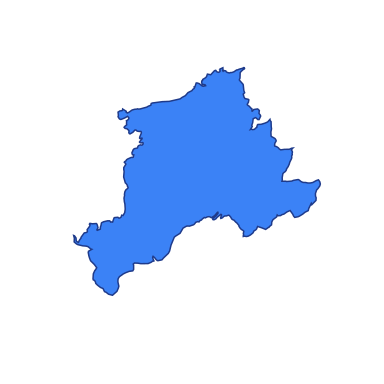 outline of Ciresu, Mehedinti, Romania, rotated 305°
{"feature_id": "2599482B7302732559425", "entity_name": "Ciresu", "entity_type": "district", "adm_level": 2, "iso_a3": "ROU", "parent_name": "Romania", "parent_adm1": "Mehedinti", "projection": "natural_earth1", "projection_center": [22.529, 44.822], "detail": "fine", "context": "isolated", "style": "filled", "palette": "blue", "viewbox_px": 384, "rotation_deg": 305, "n_neighbors": 0, "source": "geoboundaries", "source_scale": "gbopen_adm2", "svg_char_len": 6079}
<svg xmlns="http://www.w3.org/2000/svg" viewBox="0 0 384 384"><g transform="rotate(305 192 192)"><path d="M61.8,186.1L67.6,187.5L70.9,186.8L72.9,186.1L75.8,182.9L77.6,181.7L78.9,181.2L81.0,181.1L85.5,182.7L87.9,184.0L91.0,186.1L93.4,188.7L95.1,188.6L98.5,186.2L99.3,185.2L100.8,185.6L102.6,188.4L104.0,191.3L108.2,197.1L110.9,198.8L113.5,199.7L113.4,200.9L115.3,197.8L116.1,197.1L117.0,197.0L116.8,199.0L116.2,200.8L115.9,202.9L116.3,203.6L119.2,206.3L121.5,206.5L128.2,207.8L130.8,207.5L136.4,205.3L144.8,203.4L146.3,203.8L151.3,205.9L157.3,205.4L160.7,207.0L161.3,207.5L162.7,209.6L166.1,212.1L167.2,212.4L169.4,212.5L171.0,213.7L171.5,214.9L173.4,215.0L174.4,215.8L175.7,215.9L178.2,216.7L178.4,217.7L180.5,218.9L181.6,220.1L182.0,221.4L182.0,222.6L185.6,224.1L190.1,224.5L190.3,224.8L190.0,225.1L189.3,225.6L185.7,225.2L182.2,224.3L181.7,224.4L181.4,225.0L181.7,225.7L182.2,226.2L183.9,227.0L185.6,227.1L190.2,228.4L190.4,229.0L190.2,229.4L187.2,230.2L186.9,230.8L188.5,231.8L189.8,231.9L191.0,232.5L191.6,233.1L191.9,233.7L193.9,235.2L194.2,235.9L193.6,238.2L192.7,239.9L192.7,241.4L193.0,242.5L192.4,245.2L192.4,246.3L191.5,249.6L190.8,250.2L190.1,251.9L189.6,253.9L189.8,255.5L189.6,256.9L187.2,258.0L186.6,258.8L185.3,259.2L185.0,259.5L185.6,259.8L186.8,262.2L188.1,263.4L190.3,264.5L193.4,265.4L195.7,265.1L197.4,265.9L198.7,266.1L201.4,265.5L202.7,269.8L203.6,273.8L207.0,275.0L207.2,275.3L208.3,275.3L210.7,276.0L213.3,274.5L215.8,274.2L220.1,275.6L222.0,275.0L221.8,276.0L223.5,278.1L224.9,278.6L226.7,280.0L230.1,281.2L233.1,283.0L231.6,287.3L230.6,288.9L230.1,290.7L232.6,293.1L233.8,293.8L237.4,295.4L240.3,296.2L243.4,297.9L245.5,297.1L251.1,296.2L250.3,297.4L256.2,298.4L258.5,297.0L259.4,295.6L261.5,294.0L265.2,292.9L267.0,293.2L270.3,293.2L272.2,292.5L273.7,290.8L274.5,288.6L272.6,287.2L269.1,285.5L267.1,283.6L265.8,281.7L265.0,279.7L263.5,277.4L263.1,275.3L263.3,272.5L263.1,271.8L259.7,268.4L258.1,267.4L254.8,263.4L254.7,262.8L252.4,259.5L253.9,258.9L255.4,257.7L259.2,255.9L260.5,256.1L262.3,256.7L263.8,256.7L264.6,256.5L265.0,256.2L267.8,256.2L270.5,255.7L272.5,255.0L276.4,254.4L277.4,254.0L278.7,252.9L280.0,252.8L281.0,251.9L282.3,251.4L282.9,250.7L283.2,249.6L284.9,249.2L285.8,249.4L285.0,248.5L282.8,247.2L280.0,243.3L277.4,240.5L277.3,238.9L277.7,237.5L277.7,235.4L277.1,233.4L277.7,232.8L279.5,231.9L282.0,231.7L282.6,231.2L283.3,229.7L283.4,228.8L283.0,225.2L283.2,224.7L286.4,222.2L289.4,220.9L291.0,219.4L295.0,216.4L295.3,215.1L296.2,214.2L292.8,213.8L290.3,212.3L287.1,209.8L285.1,207.2L284.5,207.1L282.8,207.6L282.1,208.0L280.9,207.5L279.1,207.2L277.8,205.8L277.5,204.6L276.7,204.0L280.2,203.8L280.9,202.7L283.5,202.0L287.1,200.1L289.3,201.3L289.4,202.1L289.1,204.4L289.8,205.4L293.6,204.7L294.2,203.8L294.8,201.8L297.4,200.4L297.7,198.4L297.6,198.0L295.0,195.3L292.9,195.1L292.7,194.8L294.6,193.2L294.5,191.9L295.1,189.9L295.0,188.4L295.2,187.2L296.3,186.8L297.7,186.8L300.1,185.7L300.2,184.9L298.9,181.8L299.7,180.0L301.6,177.8L303.5,178.2L304.8,176.3L309.2,172.5L309.6,171.8L310.8,166.7L311.3,166.3L312.8,166.0L317.4,163.0L319.0,163.1L322.0,163.8L322.8,164.3L323.2,164.3L323.8,163.6L323.7,163.1L322.2,162.3L319.7,160.2L318.2,159.3L317.5,158.5L314.5,157.4L312.7,156.1L311.9,155.0L310.9,154.3L310.2,152.3L310.1,151.2L310.6,150.1L310.1,149.3L309.8,148.3L308.8,148.2L309.1,147.4L309.8,147.3L311.5,146.0L308.8,144.4L308.0,145.0L307.8,144.8L307.5,145.4L306.7,145.8L305.4,145.3L304.8,144.0L304.8,142.7L305.3,141.9L305.2,141.5L304.2,140.8L298.8,140.1L297.4,137.0L294.9,137.7L293.5,137.6L290.3,136.2L289.4,136.7L288.5,136.3L287.1,137.2L286.0,138.8L286.9,140.1L287.3,141.6L286.9,142.2L285.0,140.5L284.7,139.6L284.9,135.6L284.2,133.5L283.7,132.9L279.7,134.1L279.4,133.5L278.1,134.4L276.6,133.8L275.0,133.8L271.1,131.7L267.1,131.3L264.0,129.7L261.4,128.8L253.2,121.4L249.0,115.9L242.2,108.5L241.1,107.8L239.4,108.5L237.4,107.1L235.5,106.2L230.2,101.8L229.2,100.6L228.9,99.7L228.0,99.0L226.9,97.6L225.3,96.3L224.6,95.8L221.1,94.6L219.6,93.7L219.7,92.1L220.4,91.9L220.2,87.6L219.2,88.1L218.6,88.1L217.0,86.4L215.0,85.6L212.6,87.7L211.2,88.3L210.3,90.4L210.3,91.3L210.6,92.1L211.4,92.7L214.2,94.5L217.0,95.8L216.6,97.6L215.7,98.2L214.3,98.1L212.7,97.4L212.4,97.9L210.2,99.3L209.6,100.0L206.9,99.2L206.0,99.3L205.7,100.7L206.5,102.5L206.2,104.6L206.0,105.3L204.4,106.2L203.9,107.0L204.0,107.9L206.9,109.3L210.0,109.7L210.6,110.5L210.4,112.1L211.2,113.8L212.3,115.4L212.2,115.8L211.7,116.4L210.8,116.8L207.2,117.6L206.1,118.1L205.9,118.5L206.0,118.9L207.4,120.0L207.0,120.6L205.8,120.4L202.8,120.3L202.6,120.6L202.7,121.5L203.2,122.4L204.1,123.1L204.1,123.9L203.2,124.4L202.2,124.4L201.4,123.7L201.1,122.8L199.3,121.6L198.1,121.6L196.8,122.1L194.3,119.8L192.4,119.6L191.5,120.0L190.0,120.1L189.0,120.9L188.4,121.8L189.0,123.0L186.8,123.9L186.3,123.6L185.5,122.4L182.2,120.4L180.9,119.9L179.5,120.0L178.1,119.4L177.5,119.5L177.2,121.3L176.8,121.9L172.9,122.1L171.4,123.1L169.9,124.6L165.1,127.4L161.2,132.2L161.2,133.1L160.4,135.2L159.5,136.0L159.2,137.0L158.2,137.3L155.8,136.6L154.9,136.7L153.6,136.9L151.3,138.0L150.8,138.6L148.0,139.8L145.2,142.2L143.7,143.9L139.7,147.1L136.5,148.7L133.2,149.0L132.7,147.7L130.8,148.3L129.6,147.9L129.0,147.6L128.6,146.8L128.8,145.8L126.7,143.3L126.1,143.0L121.8,144.2L121.3,143.2L120.7,142.7L121.2,141.1L119.9,139.3L117.0,136.7L115.2,135.7L114.6,135.6L112.5,136.6L110.7,137.1L109.0,138.2L106.3,136.4L106.4,135.8L108.8,135.5L110.6,133.4L111.2,132.4L111.3,131.7L108.8,128.6L107.8,126.4L106.8,126.4L106.6,127.3L105.3,127.8L101.0,127.7L99.8,128.9L98.8,129.0L98.0,128.5L96.7,127.2L91.2,127.1L90.2,127.6L89.2,127.4L87.3,127.5L85.6,127.9L85.4,127.0L85.5,125.5L85.9,124.9L87.8,123.4L88.7,120.9L88.5,120.0L86.7,122.1L83.5,124.1L83.2,127.1L83.4,128.7L85.2,133.3L87.0,136.4L87.6,138.2L87.3,141.7L87.6,142.8L84.1,141.2L82.9,141.7L80.5,144.2L79.0,146.1L77.5,148.4L76.6,153.6L75.3,157.4L72.5,157.6L72.1,157.4L68.4,158.1L64.1,160.7L63.4,161.5L63.6,162.5L63.4,163.5L63.0,164.4L61.9,165.6L61.5,168.0L61.3,171.8L61.9,174.5L60.2,177.5L60.6,179.1L60.4,182.2L61.8,186.1Z" fill="#3b82f6" stroke="#1e3a8a" stroke-width="1.5"/></g></svg>